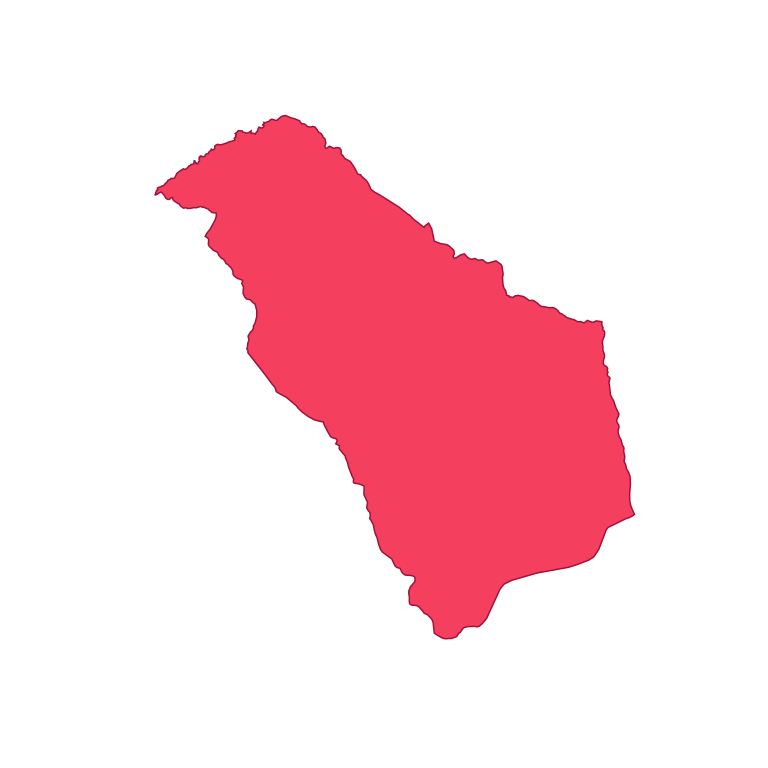 outline of El Molino, La Guajira, Colombia, rotated 20°
{"feature_id": "7082276B93784631738012", "entity_name": "El Molino", "entity_type": "district", "adm_level": 2, "iso_a3": "COL", "parent_name": "Colombia", "parent_adm1": "La Guajira", "projection": "orthographic", "projection_center": [-72.929, 10.627], "detail": "fine", "context": "isolated", "style": "filled", "palette": "rose", "viewbox_px": 768, "rotation_deg": 20, "n_neighbors": 0, "source": "geoboundaries", "source_scale": "gbopen_adm2", "svg_char_len": 6158}
<svg xmlns="http://www.w3.org/2000/svg" viewBox="0 0 768 768"><g transform="rotate(20 384 384)"><path d="M664.0,420.9L658.0,414.6L655.2,410.3L652.4,403.3L649.8,393.6L646.8,386.7L644.1,383.4L641.3,381.2L638.4,376.8L636.2,374.9L635.1,369.9L632.3,365.4L631.4,362.2L630.8,361.3L628.7,359.7L626.4,356.1L625.4,354.9L623.3,353.3L620.8,349.9L620.0,348.0L619.6,344.1L618.8,342.5L616.1,340.3L615.3,339.3L615.0,337.4L615.3,333.6L615.0,331.7L610.0,326.9L605.6,321.3L602.9,319.1L600.3,316.3L596.0,307.5L594.9,305.9L594.4,301.3L593.8,300.7L591.7,300.0L590.4,298.7L590.2,297.8L590.6,296.6L589.0,294.7L588.8,292.8L588.2,292.2L586.6,291.3L584.8,291.4L583.2,289.8L582.2,287.1L581.9,283.2L581.3,281.4L577.9,277.0L577.1,274.3L575.1,270.6L574.5,268.3L574.7,263.2L573.7,260.0L572.7,258.9L571.0,258.1L570.6,256.2L568.2,253.6L567.6,251.2L567.1,251.0L561.9,252.1L559.5,254.4L558.5,254.8L553.3,254.7L551.9,257.1L551.1,257.9L550.2,258.2L547.4,258.1L544.4,259.3L540.4,258.5L538.7,258.9L532.6,259.0L530.4,258.0L529.0,258.0L527.2,257.3L524.7,257.2L522.2,255.5L519.0,254.4L516.2,254.5L513.6,255.7L507.0,256.8L505.7,257.3L502.8,256.7L500.6,255.6L496.3,254.5L494.6,254.7L492.1,255.9L485.5,254.1L479.6,254.9L477.0,256.4L475.4,258.6L473.3,258.8L472.3,259.3L471.2,258.4L468.9,258.7L466.7,255.0L463.7,252.6L461.5,249.3L458.7,242.8L458.8,241.6L458.0,239.3L454.7,233.2L453.8,232.1L452.2,231.4L447.1,230.0L440.6,234.6L438.9,235.1L434.3,233.6L433.4,233.8L430.8,235.2L429.5,235.5L426.5,234.9L423.8,236.9L421.9,237.0L419.2,236.4L415.0,234.2L411.7,236.6L408.9,240.3L407.3,241.7L406.3,241.5L405.2,240.4L405.6,237.7L404.3,235.1L403.5,234.3L397.9,232.0L395.9,231.5L389.4,232.7L382.4,232.6L375.7,221.8L370.9,217.5L368.5,221.3L368.0,223.1L355.3,219.0L350.3,216.6L348.0,216.2L337.5,212.6L316.7,208.1L308.6,206.7L305.2,205.6L301.0,201.1L297.6,198.7L292.4,196.7L290.5,195.4L287.5,195.7L286.8,195.3L286.0,194.2L281.9,190.5L276.2,186.4L269.9,185.5L267.3,183.4L265.5,182.8L264.9,182.2L263.7,178.8L262.2,178.1L261.7,177.3L258.4,178.1L257.6,178.6L257.3,179.1L256.1,179.7L251.4,179.2L249.8,181.7L248.6,182.3L247.1,181.1L247.0,177.6L244.5,173.6L242.5,173.1L241.5,171.8L239.2,170.2L237.0,169.8L235.2,168.9L234.2,167.7L233.0,167.3L231.5,166.2L228.9,166.3L227.1,167.7L224.2,168.3L223.3,168.1L222.5,167.4L220.3,166.9L217.6,167.6L216.9,167.0L215.8,166.7L215.1,165.8L214.4,165.5L208.8,165.3L206.0,165.7L199.6,165.4L197.2,166.8L195.9,168.0L193.1,172.9L191.4,173.5L189.4,173.3L187.8,173.7L186.5,175.2L186.1,176.5L182.9,179.1L181.6,179.3L182.3,180.2L181.5,181.4L181.4,182.1L183.0,182.3L183.1,183.1L182.2,184.8L180.6,185.5L179.6,185.2L178.6,185.4L178.4,187.1L178.6,187.6L178.5,189.1L178.7,190.1L177.9,190.8L177.6,193.0L177.2,193.3L176.1,193.0L174.7,193.2L173.4,194.0L173.0,193.7L172.6,191.6L170.6,194.3L169.0,195.2L164.8,195.5L164.2,194.7L160.4,195.7L159.9,197.4L158.5,199.6L159.8,199.9L159.9,200.3L159.6,201.6L160.4,202.5L159.7,203.2L159.2,204.4L160.3,205.3L160.4,205.8L160.0,206.4L155.6,209.5L153.3,211.7L148.7,215.2L145.6,215.7L144.0,217.5L143.6,218.3L144.3,220.1L144.3,221.2L142.9,222.8L141.6,222.2L141.3,222.4L141.4,223.6L140.2,225.7L140.0,227.6L138.1,228.9L137.7,229.6L137.8,231.5L135.0,232.6L134.0,232.2L133.4,232.7L133.6,233.4L132.8,233.9L133.2,234.5L133.0,235.2L134.4,237.7L133.6,238.9L133.8,239.4L133.7,240.6L132.7,241.1L132.1,241.0L131.7,240.4L131.3,240.6L129.8,239.0L129.3,239.1L129.8,241.5L129.5,242.7L127.5,243.7L127.4,244.8L126.2,245.7L126.0,246.7L124.7,249.3L123.7,250.4L121.9,250.4L118.8,254.4L117.3,257.1L116.8,262.1L116.0,262.7L113.3,263.8L113.1,265.0L111.4,266.3L111.0,268.6L109.9,270.3L109.4,272.4L108.2,273.5L107.6,273.8L106.6,275.2L104.7,276.5L104.1,277.4L104.8,278.4L104.0,280.5L104.3,281.3L104.0,282.3L104.5,283.3L104.0,284.1L104.4,284.6L106.0,283.3L106.9,281.9L108.7,280.0L109.3,279.9L112.7,281.7L115.6,284.1L117.7,284.5L118.5,284.3L119.2,283.8L120.5,281.7L121.5,281.1L122.6,282.9L124.0,283.7L128.8,284.9L130.1,284.9L131.7,286.3L135.1,287.3L135.8,287.2L137.6,286.0L139.1,286.3L141.2,285.6L145.4,283.1L147.4,282.6L150.9,279.9L153.0,280.0L154.6,279.4L156.0,279.7L158.7,279.7L159.8,280.3L161.9,280.8L163.5,281.7L168.0,280.8L169.0,283.6L169.2,287.7L167.6,297.9L165.9,303.4L165.5,306.5L168.1,307.0L169.4,307.7L170.0,308.6L171.0,312.5L171.6,313.3L172.9,314.5L177.9,316.7L182.5,317.2L184.8,319.5L187.7,321.2L188.8,321.6L190.0,321.4L192.6,323.1L194.5,324.9L196.6,325.1L197.8,326.0L199.6,326.6L201.7,328.0L203.4,329.7L204.6,332.5L205.7,333.4L207.7,334.3L210.8,335.0L212.4,334.7L215.4,335.0L216.1,335.8L215.8,336.9L216.0,338.2L218.7,340.8L220.5,346.9L223.4,349.9L225.6,351.1L229.7,350.6L232.5,352.2L235.5,353.0L239.3,358.5L241.4,364.3L242.0,371.1L241.4,374.3L242.2,376.3L241.8,379.1L240.7,381.0L239.9,385.5L242.1,388.9L242.1,392.4L243.0,396.0L243.1,398.0L244.7,398.9L245.2,400.7L245.8,401.4L270.0,416.5L279.4,422.7L281.8,423.9L282.8,424.6L285.2,427.8L286.5,428.4L296.6,429.9L308.8,434.3L311.3,435.9L316.7,438.4L324.5,440.6L330.9,441.5L337.4,440.9L339.8,440.4L342.4,443.4L347.1,447.8L351.8,451.7L353.4,452.1L357.3,451.9L358.7,452.3L359.5,454.0L359.1,456.7L363.3,457.3L363.9,459.9L364.6,460.6L372.1,464.9L373.3,466.8L376.3,469.9L379.3,474.4L385.5,481.5L388.0,483.7L388.6,486.4L389.2,487.1L390.1,487.3L394.1,486.5L399.8,486.5L400.3,487.0L403.0,494.8L409.0,500.8L410.1,506.3L412.3,508.3L414.6,509.5L416.2,512.5L416.6,515.5L418.1,516.3L422.0,519.8L425.4,525.4L427.4,528.1L430.0,530.7L433.8,536.4L437.5,540.8L440.0,542.5L451.2,545.8L456.2,550.8L457.6,551.6L459.0,552.0L462.1,551.7L465.3,554.8L466.7,555.6L469.3,556.3L474.4,554.8L477.0,554.5L478.3,554.6L479.0,555.1L480.1,557.1L480.5,559.3L478.2,565.6L478.1,569.9L478.7,571.9L480.9,576.0L482.0,579.4L483.1,581.5L483.9,582.0L485.4,582.4L490.3,581.0L492.8,581.4L497.8,584.0L500.2,585.7L503.7,585.9L508.3,588.1L509.9,589.2L511.6,591.1L516.5,601.0L524.7,602.7L527.3,602.7L529.6,602.1L534.7,599.8L538.7,596.5L539.3,593.1L540.7,591.1L541.7,586.8L542.6,585.5L545.5,583.4L552.4,580.6L554.5,580.4L556.4,579.0L558.4,575.3L560.6,569.2L563.2,537.0L565.2,531.1L571.3,524.7L592.4,509.3L620.3,493.0L627.2,487.6L636.5,479.6L640.2,474.9L642.4,466.1L642.7,445.0L643.7,442.0L657.5,427.7L660.0,425.8L662.1,423.6L664.0,420.9Z" fill="#f43f5e" stroke="#9f1239" stroke-width="1.5"/></g></svg>